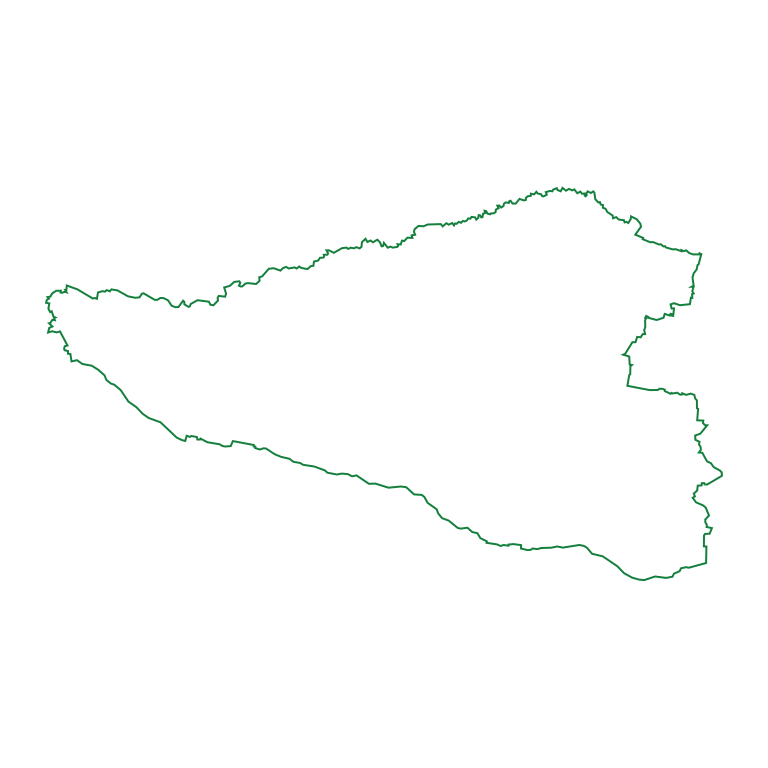 Nong Ya Sai, Suphan Buri, Thailand (Albers equal-area conic projection)
{"feature_id": "78962969B37617655473411", "entity_name": "Nong Ya Sai", "entity_type": "district", "adm_level": 2, "iso_a3": "THA", "parent_name": "Thailand", "parent_adm1": "Suphan Buri", "projection": "albers", "projection_center": [99.839, 14.777], "detail": "fine", "context": "isolated", "style": "outline", "palette": "green", "viewbox_px": 768, "rotation_deg": 0, "n_neighbors": 0, "source": "geoboundaries", "source_scale": "gbopen_adm2", "svg_char_len": 6077}
<svg xmlns="http://www.w3.org/2000/svg" viewBox="0 0 768 768"><path d="M48.1,332.5L52.1,331.3L56.8,332.4L60.0,331.4L67.5,345.5L64.8,346.2L64.1,348.6L64.6,350.2L68.0,351.1L68.0,353.7L70.4,354.0L71.5,361.4L77.0,360.2L82.4,364.0L91.8,365.7L98.1,369.7L104.5,375.3L106.4,380.0L111.0,383.6L114.3,384.7L120.7,390.1L128.5,401.7L136.3,407.1L142.8,413.9L148.7,418.0L160.5,422.3L176.7,437.6L182.0,440.1L185.2,441.0L186.7,435.8L190.0,436.9L191.3,436.0L196.8,437.0L197.4,439.5L200.1,439.5L200.5,438.6L207.3,442.2L219.8,444.3L222.3,446.0L225.2,446.5L230.7,446.1L232.9,441.1L253.8,445.0L253.7,446.5L255.3,446.6L255.3,448.1L259.9,449.5L263.4,448.3L266.0,448.5L274.7,454.2L281.2,456.9L289.5,458.8L293.4,461.8L300.2,463.0L303.1,464.8L314.3,466.5L324.9,470.4L327.4,472.7L336.8,474.5L341.7,473.6L347.8,474.1L352.1,476.3L356.5,475.4L368.9,483.8L375.4,483.6L388.5,487.7L400.9,486.5L406.2,487.2L414.1,494.4L421.7,494.9L424.3,496.9L427.7,502.9L436.7,509.3L438.2,513.4L442.0,518.1L448.7,520.6L457.8,528.0L460.8,528.6L467.4,527.7L472.2,532.0L477.4,533.2L480.4,538.2L486.8,541.3L486.5,542.8L497.0,544.4L500.6,546.0L503.6,545.0L508.4,545.7L508.4,544.6L513.3,544.1L521.1,545.1L521.0,548.5L527.5,550.1L530.8,549.8L532.5,548.5L537.4,549.1L541.2,548.0L551.1,547.7L557.3,546.5L562.9,547.6L579.3,545.0L583.9,545.9L587.0,547.8L592.1,553.8L602.7,556.3L617.4,566.3L624.2,573.3L632.3,577.7L639.1,579.6L644.3,580.1L655.0,576.5L666.2,577.9L672.5,576.7L673.9,573.7L679.6,571.2L681.0,568.3L685.8,567.2L688.9,567.7L706.1,563.0L706.4,546.5L703.9,546.4L704.0,535.5L705.1,533.9L709.6,533.7L711.9,528.1L706.6,527.0L706.9,525.1L705.4,522.4L705.2,519.6L709.0,515.5L705.7,507.6L703.3,505.5L696.0,502.3L692.7,497.8L694.9,496.4L693.8,493.6L697.2,490.5L697.7,485.7L701.6,485.4L701.8,483.2L704.1,483.1L704.6,484.3L707.0,484.6L721.9,475.8L721.7,472.4L720.0,470.6L713.7,467.1L711.0,463.3L707.0,461.3L702.3,452.8L698.9,452.5L700.9,449.8L700.6,447.0L699.0,444.5L699.5,441.8L695.4,439.8L695.2,435.5L700.3,433.7L707.2,425.3L705.1,425.2L702.9,423.0L703.3,420.6L697.2,420.3L698.1,408.8L697.0,408.3L696.9,400.4L695.2,398.5L694.3,394.9L690.7,393.6L686.2,394.9L682.3,393.3L682.3,394.4L680.3,394.7L677.1,392.7L672.6,393.5L671.6,392.9L670.6,393.8L664.8,391.1L664.8,389.7L662.3,388.8L659.3,388.8L657.9,390.0L649.7,390.1L627.4,385.8L629.2,375.2L630.2,374.3L630.4,366.2L631.9,365.0L629.7,364.5L629.2,356.5L623.2,354.7L625.2,353.8L632.4,342.2L635.5,342.2L637.2,336.9L640.7,337.3L642.6,334.2L645.1,334.0L644.2,330.2L645.3,326.8L645.1,320.2L646.1,318.2L645.2,317.8L646.2,316.0L648.4,317.0L648.3,317.8L656.7,320.0L663.5,317.8L664.7,313.9L670.0,315.6L670.5,313.8L671.8,314.1L672.1,315.7L673.2,315.9L674.0,308.4L671.6,308.5L670.6,304.4L673.9,303.2L680.0,305.2L689.9,304.2L690.9,297.7L692.3,297.9L692.1,294.1L693.7,293.5L692.3,291.3L693.6,286.8L691.6,286.8L693.6,285.6L692.5,277.5L693.8,273.2L696.7,269.4L697.5,265.1L698.6,264.4L701.3,254.1L699.5,253.3L699.2,254.4L692.9,254.4L689.2,253.0L686.2,250.4L683.6,251.1L681.4,250.1L681.4,251.2L675.7,249.2L672.7,249.4L665.8,247.4L665.0,246.2L663.3,246.4L660.9,244.3L659.0,244.5L652.9,242.0L650.4,242.3L642.7,239.2L643.2,237.9L635.3,234.7L641.0,226.7L640.3,223.6L636.7,219.2L631.0,216.4L630.7,219.1L628.3,223.0L626.4,221.9L624.6,222.4L623.9,220.2L618.6,219.5L616.2,217.1L613.1,218.3L612.7,215.6L607.3,212.0L605.6,208.8L602.8,207.7L603.0,205.1L600.7,204.5L599.9,202.1L598.4,202.5L595.3,199.2L594.4,192.7L593.3,191.4L591.0,193.0L587.6,191.4L586.3,193.7L586.7,195.3L585.5,196.3L584.6,195.3L584.9,193.5L581.9,193.7L580.4,191.6L577.3,193.2L574.3,189.4L572.2,190.4L569.0,188.9L566.0,190.7L562.5,187.9L560.7,191.3L557.5,190.0L556.8,188.2L553.1,189.7L552.3,191.3L550.1,190.9L545.8,192.1L546.8,194.7L543.5,196.4L542.0,196.0L541.1,194.2L537.6,193.5L536.4,191.8L534.1,194.4L530.9,193.7L530.8,195.8L527.7,196.3L525.9,197.9L525.8,200.0L523.8,200.4L519.5,198.9L515.7,203.6L512.5,203.5L510.5,200.7L509.4,201.1L508.9,202.9L505.6,202.4L504.0,203.7L503.4,206.1L501.2,207.5L499.3,205.5L497.3,205.7L498.6,208.1L495.9,209.6L495.5,212.3L493.3,213.4L490.8,213.4L490.2,214.3L487.4,213.6L486.2,211.1L484.6,210.8L485.3,212.9L483.1,213.7L482.5,217.1L481.3,217.4L480.1,215.3L478.7,215.1L478.3,217.8L476.3,219.6L475.2,217.4L471.5,216.9L470.4,218.7L468.1,218.4L467.1,220.3L464.7,221.5L462.9,220.9L461.1,222.8L458.9,221.8L456.7,223.8L454.9,223.5L454.0,225.4L452.1,223.0L448.8,224.7L446.4,223.2L442.7,226.4L440.8,224.1L427.8,224.5L423.4,226.3L418.6,225.9L414.7,229.1L413.9,231.7L415.1,234.7L411.6,235.4L412.4,237.9L407.4,237.7L404.2,241.1L402.0,240.6L400.7,244.5L397.5,244.2L398.1,246.0L397.3,246.9L392.6,247.6L390.5,246.6L387.8,247.7L383.9,242.9L383.1,246.0L381.6,246.3L379.9,242.2L377.3,239.7L373.0,242.3L370.4,240.5L367.4,242.0L365.5,238.8L361.9,242.3L361.5,246.8L359.6,248.4L356.4,247.2L354.0,248.3L350.6,247.7L348.3,248.9L346.3,247.6L341.9,248.2L333.9,252.8L328.8,250.3L326.5,250.3L328.1,253.4L327.4,254.7L323.8,254.8L324.2,256.5L323.4,257.6L320.0,257.8L318.1,260.6L314.0,261.5L313.4,265.8L310.9,266.1L307.4,269.1L301.3,267.9L299.2,266.5L296.8,268.5L294.6,267.4L288.8,268.5L286.1,266.9L282.8,268.2L280.5,270.6L273.6,268.2L268.8,268.8L262.2,276.3L259.2,277.3L259.6,280.8L256.1,284.0L248.1,283.1L245.3,283.6L242.3,286.4L240.7,286.5L238.9,285.7L240.3,282.8L239.3,281.3L234.2,281.9L229.9,285.8L224.2,287.5L226.1,293.7L225.1,296.7L218.8,295.9L217.6,297.8L218.0,300.5L213.4,305.3L210.4,304.7L208.9,301.7L197.5,300.2L190.7,304.0L189.8,306.4L188.6,306.9L184.4,304.4L184.3,301.8L183.1,300.7L178.5,307.0L175.4,307.2L171.6,305.7L168.1,300.4L163.6,298.1L160.3,298.0L157.5,299.8L154.7,299.8L143.5,293.3L141.9,293.7L139.6,297.3L135.4,297.8L128.2,296.4L117.4,290.4L111.4,289.4L109.8,291.3L106.8,290.1L105.0,291.6L102.3,291.2L98.0,292.5L96.9,298.8L94.7,298.0L92.8,298.5L77.5,289.4L66.8,285.5L66.4,289.9L65.2,289.9L66.6,292.3L64.9,291.8L61.9,292.8L60.5,292.5L60.8,290.7L56.1,290.8L52.1,293.5L50.4,296.6L47.5,297.1L48.8,298.7L46.7,300.1L46.1,302.8L49.3,303.4L48.4,308.6L50.1,312.1L51.7,311.3L53.5,316.7L55.3,317.5L54.1,318.0L54.9,320.2L52.4,319.8L50.2,323.1L49.1,323.3L52.4,326.5L49.2,328.0L48.1,332.5Z" fill="none" stroke="#15803d" stroke-width="2"/></svg>